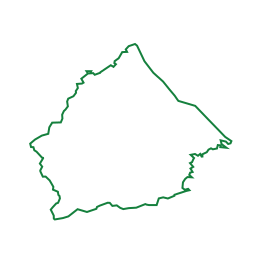 Aguada, Puerto Rico (Equal Earth projection), rotated 79°
{"feature_id": "32010507B12204404308150", "entity_name": "Aguada", "entity_type": "district", "adm_level": 2, "iso_a3": "PRI", "parent_name": "Puerto Rico", "parent_adm1": "", "projection": "equal_earth", "projection_center": [-67.173, 18.364], "detail": "fine", "context": "isolated", "style": "outline", "palette": "green", "viewbox_px": 256, "rotation_deg": 79, "n_neighbors": 0, "source": "geoboundaries", "source_scale": "gbopen_adm2", "svg_char_len": 1888}
<svg xmlns="http://www.w3.org/2000/svg" viewBox="0 0 256 256"><g transform="rotate(79 128 128)"><path d="M160.6,29.0L159.7,29.9L155.3,34.3L135.8,47.0L135.2,47.4L119.1,57.8L115.4,64.9L111.0,73.4L109.1,74.3L105.4,75.9L105.2,76.0L98.0,80.0L89.1,84.7L83.9,88.6L83.7,88.8L78.6,92.6L68.8,97.5L65.6,99.1L48.9,103.4L47.1,104.9L46.9,105.1L47.8,111.7L50.4,115.2L53.1,114.4L52.4,119.2L57.7,123.8L59.8,128.3L61.7,129.0L63.1,127.7L65.2,130.6L63.1,132.9L68.0,144.5L68.5,144.8L69.4,150.5L67.5,151.7L67.1,154.9L65.2,153.3L64.3,157.9L66.8,156.8L70.7,164.4L75.0,163.0L75.6,164.7L75.0,169.7L79.2,169.6L81.8,172.2L83.5,172.3L86.4,175.5L87.8,181.1L90.4,182.7L95.3,182.9L98.0,185.9L99.1,187.7L102.4,190.1L106.3,190.6L109.7,192.9L108.3,201.4L112.3,205.1L118.5,207.4L119.0,214.0L121.6,221.5L124.7,227.0L128.2,226.8L128.8,224.5L132.0,224.2L133.8,222.3L140.6,218.1L141.1,217.1L141.5,217.1L146.1,221.3L149.6,219.6L152.9,222.2L153.9,222.3L159.5,220.9L160.0,218.1L164.5,214.9L171.5,212.5L174.2,213.4L177.2,209.0L180.4,209.1L181.7,208.2L184.2,208.3L188.1,210.9L188.4,212.9L191.5,217.1L193.4,219.4L199.8,217.6L202.8,218.1L203.8,217.3L204.0,209.1L203.4,203.4L198.1,193.0L202.6,184.3L201.3,174.5L199.6,173.5L198.8,170.4L197.5,162.2L198.0,160.2L201.5,158.2L201.8,153.8L204.9,150.9L206.7,148.1L206.8,142.5L207.8,135.1L206.0,125.5L206.8,124.3L207.7,122.0L209.1,114.6L203.0,111.2L202.8,106.7L204.8,102.3L203.4,95.4L202.4,95.1L200.9,82.7L200.8,79.6L199.2,80.6L199.5,84.0L197.2,86.0L191.8,84.4L188.9,81.6L187.5,79.0L188.6,74.7L185.7,76.8L183.7,75.5L183.5,73.0L179.7,74.4L178.6,71.4L174.3,73.8L173.7,71.6L171.2,69.9L170.1,68.9L166.3,71.6L166.3,67.2L168.6,64.6L167.2,62.1L170.1,61.2L170.2,60.4L168.0,60.0L166.8,55.3L164.6,53.1L163.8,50.4L165.1,48.8L165.1,44.6L161.9,43.1L162.8,40.3L164.4,41.0L166.2,35.1L161.7,39.2L157.8,39.4L160.0,34.5L162.8,32.7L162.6,30.3L160.6,29.0Z" fill="none" stroke="#15803d" stroke-width="2"/></g></svg>